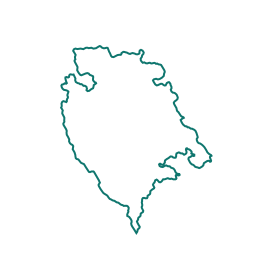 outline of Kinneret, HaZafon, Israel, rotated 150°
{"feature_id": "584046B15624900320210", "entity_name": "Kinneret", "entity_type": "district", "adm_level": 2, "iso_a3": "ISR", "parent_name": "Israel", "parent_adm1": "HaZafon", "projection": "equal_earth", "projection_center": [35.507, 32.776], "detail": "fine", "context": "isolated", "style": "outline", "palette": "teal", "viewbox_px": 256, "rotation_deg": 150, "n_neighbors": 0, "source": "geoboundaries", "source_scale": "gbopen_adm2", "svg_char_len": 5739}
<svg xmlns="http://www.w3.org/2000/svg" viewBox="0 0 256 256"><g transform="rotate(150 128 128)"><path d="M69.6,62.2L69.6,63.0L70.0,63.7L70.8,65.1L71.4,67.2L71.3,70.1L71.4,73.1L71.8,74.9L72.3,76.5L73.2,78.4L74.2,79.4L74.7,80.5L74.7,82.0L74.4,83.3L73.8,84.3L72.4,84.9L72.0,85.8L71.7,87.3L71.2,89.4L71.0,91.8L71.5,93.3L72.9,95.4L74.0,96.1L74.5,97.2L75.1,98.3L76.1,98.8L76.4,100.1L77.6,100.9L78.2,102.4L78.6,103.6L78.7,105.9L78.5,107.8L78.4,108.6L76.2,109.0L74.6,108.9L74.6,109.5L75.1,110.3L75.8,111.1L76.1,112.0L76.2,112.9L76.4,116.7L76.9,117.8L76.7,119.3L76.1,121.0L76.1,122.7L76.1,124.6L76.0,126.2L75.6,127.1L74.3,127.7L72.2,127.9L70.6,128.4L69.6,129.6L69.2,132.5L69.8,134.5L70.6,135.6L71.5,136.2L72.1,137.9L71.8,139.8L70.5,140.6L69.8,141.9L69.6,144.1L69.2,145.0L69.4,147.0L70.2,147.5L72.0,147.5L73.3,146.6L74.1,146.1L75.2,146.6L75.7,147.5L76.4,149.2L77.5,149.9L80.9,150.2L81.9,150.6L82.6,152.2L82.7,155.6L82.5,156.8L81.2,157.2L79.1,156.6L77.8,155.1L76.1,154.6L73.5,154.6L71.0,155.2L69.6,157.0L68.1,158.2L67.7,159.6L67.7,161.8L67.8,166.0L68.6,167.0L69.6,167.7L70.6,169.3L71.6,169.5L72.2,170.8L72.7,171.3L75.1,172.0L75.7,172.4L76.5,173.6L77.5,174.0L79.0,174.3L80.1,175.1L81.1,176.7L82.6,177.1L83.0,178.7L83.1,180.1L82.4,181.7L80.5,182.6L79.4,183.9L78.4,184.2L77.6,184.5L76.6,185.6L76.7,187.7L77.7,189.2L79.1,189.2L80.2,188.0L80.7,187.0L81.4,186.8L82.8,187.0L84.1,187.8L84.9,189.0L86.5,190.6L88.0,191.0L89.2,191.1L90.2,192.1L91.3,193.9L92.3,194.8L93.1,195.7L94.0,196.3L96.2,196.1L97.0,195.2L97.7,195.0L98.8,195.7L100.6,196.4L105.0,196.6L106.3,197.6L106.6,198.9L106.2,201.8L106.2,203.5L105.7,206.4L105.6,207.6L106.4,208.2L108.2,208.7L109.2,209.2L110.3,210.5L110.5,211.1L110.9,212.4L111.5,213.1L112.7,213.2L115.8,213.1L118.2,214.0L119.0,215.0L119.6,215.8L122.1,216.8L123.0,217.8L124.3,218.5L126.0,218.6L127.2,218.6L129.4,220.5L131.2,221.2L132.4,221.7L133.9,223.1L135.6,223.2L136.9,222.2L136.8,219.6L136.8,217.5L137.4,216.9L138.3,216.2L138.8,215.3L139.3,213.7L140.4,213.3L140.8,212.8L141.0,211.4L141.1,208.2L141.2,206.1L141.8,205.2L143.1,203.5L143.2,202.0L143.1,199.8L142.7,197.7L142.0,197.0L140.7,196.8L137.5,196.4L135.8,195.9L134.8,194.8L134.5,193.1L133.5,191.9L132.4,190.2L132.8,189.3L133.9,187.8L134.4,186.6L134.0,184.4L133.2,183.4L133.3,182.6L136.2,182.3L137.4,180.8L138.4,179.9L140.6,180.0L143.0,179.6L144.6,180.2L145.0,181.6L143.9,182.5L143.4,184.6L144.3,186.2L145.5,186.8L145.9,188.4L146.4,189.3L147.5,189.8L148.1,191.1L149.2,192.1L150.2,194.0L149.8,195.9L148.8,197.1L148.4,201.5L149.0,201.6L151.1,203.3L151.9,203.3L152.7,202.8L153.5,201.7L154.7,201.7L155.7,202.9L156.9,203.1L157.5,202.1L158.2,199.7L158.4,198.5L158.5,197.5L159.5,197.3L160.3,198.3L161.2,198.3L161.7,198.1L163.6,198.6L164.5,198.0L165.0,196.3L165.0,194.8L164.5,193.2L162.5,191.4L161.8,190.4L161.4,189.4L161.9,188.7L162.7,188.1L164.1,186.8L164.4,185.7L164.5,184.8L165.3,184.0L166.1,183.7L167.0,182.8L167.7,181.6L168.5,181.3L169.3,182.3L170.6,183.6L171.9,183.5L173.3,182.5L174.3,180.3L175.0,179.5L175.8,179.0L175.7,178.0L175.7,175.8L176.8,174.7L177.7,173.4L177.9,168.9L178.6,167.7L179.5,166.4L180.0,165.2L181.3,164.5L182.0,163.9L182.3,162.6L182.2,158.0L182.5,156.1L183.5,154.8L184.4,152.8L184.4,149.9L184.6,147.5L185.7,145.9L185.9,144.0L185.4,142.3L184.6,141.2L184.5,139.7L185.7,138.1L186.5,137.3L186.5,133.6L187.1,131.0L187.8,129.5L188.3,127.9L187.9,126.8L186.7,125.6L186.1,121.4L185.5,120.5L184.2,118.7L184.1,115.0L183.8,109.6L183.0,108.8L181.4,108.6L179.6,107.6L179.4,106.7L179.4,97.3L179.7,94.7L181.1,94.0L182.0,93.4L182.3,92.2L182.3,88.6L181.9,84.3L181.4,83.0L180.3,81.0L179.7,79.7L179.6,77.5L179.3,75.8L178.2,74.3L177.6,73.1L176.7,72.2L176.1,71.7L175.6,70.5L174.9,69.2L173.9,68.4L173.4,67.5L172.7,65.6L172.0,64.6L171.2,63.9L170.7,62.7L169.4,62.1L167.9,61.2L167.3,60.0L167.3,58.5L168.1,57.4L169.3,56.3L169.3,55.7L169.7,55.1L170.7,54.5L171.9,53.5L172.6,52.2L171.9,51.2L171.4,50.2L171.1,47.3L171.3,45.8L172.0,44.6L172.9,43.9L173.5,42.3L173.6,40.6L173.4,37.1L173.3,32.8L171.9,33.5L170.2,35.3L169.0,35.5L167.8,35.9L167.2,36.7L167.3,38.3L167.2,41.3L167.0,42.6L165.0,43.7L164.3,44.8L163.5,45.2L162.3,45.3L161.1,45.7L159.8,47.5L158.5,47.7L157.2,47.7L156.2,48.6L156.1,50.4L156.0,51.7L155.7,52.7L154.8,53.3L154.1,54.2L153.2,56.8L152.4,57.5L151.9,58.5L150.9,59.6L150.0,59.9L149.0,59.4L147.9,58.3L146.6,57.7L145.7,58.3L144.9,59.5L142.2,59.7L141.4,60.3L140.3,62.1L138.2,62.6L135.6,62.7L135.0,63.2L134.8,66.3L133.6,67.2L132.2,67.6L131.5,68.3L130.5,69.1L129.0,69.0L128.6,68.2L128.0,65.4L127.0,64.8L125.8,64.9L124.4,65.4L123.5,66.0L123.0,65.9L122.2,65.4L121.3,65.1L119.4,64.8L118.6,64.6L117.7,63.4L117.0,62.8L115.8,62.5L115.2,61.9L114.4,60.9L112.8,59.9L111.8,59.8L111.2,60.2L110.8,62.0L110.4,63.0L110.0,63.2L109.0,62.5L107.7,61.5L106.7,61.6L106.6,62.5L107.9,63.5L108.6,64.4L108.9,65.8L108.6,68.4L108.9,70.2L110.6,72.2L111.0,73.9L111.6,74.4L112.5,74.8L113.7,76.6L114.9,76.8L117.4,76.8L118.8,77.9L119.6,79.2L119.3,80.9L118.6,81.2L118.0,81.0L117.4,79.9L116.2,78.6L115.4,78.6L114.5,79.2L113.4,79.6L112.7,80.8L112.1,81.4L110.0,81.7L107.9,81.7L105.4,82.1L104.2,81.3L103.6,79.9L102.7,79.0L101.6,78.5L100.6,79.2L99.7,80.7L98.7,81.7L97.1,81.6L96.3,81.5L95.6,80.9L95.4,80.2L94.8,79.5L93.7,78.9L93.2,77.9L92.8,76.8L91.5,76.7L90.3,76.9L89.5,77.6L89.0,78.8L88.7,80.2L87.9,81.1L87.1,81.0L86.8,79.9L85.7,78.8L85.2,77.8L84.8,76.1L84.9,75.2L85.9,74.3L85.6,73.6L84.9,73.0L83.9,71.8L84.5,70.8L85.1,70.9L85.9,71.8L87.4,71.9L88.2,71.7L89.8,72.0L90.7,71.6L91.3,70.7L91.4,69.3L91.5,66.9L91.3,66.0L91.0,64.7L90.3,64.0L89.7,62.9L89.4,61.8L89.2,60.8L88.4,59.9L87.5,59.1L86.4,57.7L85.4,57.5L82.7,57.6L81.3,58.1L80.7,58.8L79.8,59.6L77.8,59.7L76.1,59.8L74.9,59.5L74.1,58.9L73.8,57.7L72.9,57.6L72.4,58.1L72.1,59.5L71.9,60.9L71.6,61.8L71.2,62.2L69.6,62.2Z" fill="none" stroke="#0f766e" stroke-width="2"/></g></svg>